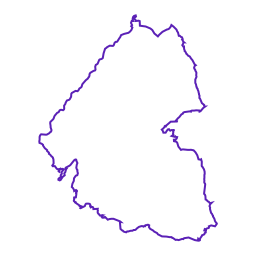 Obarsia-Closani, Mehedinti, Romania
{"feature_id": "2599482B76871015432444", "entity_name": "Obarsia-Closani", "entity_type": "district", "adm_level": 2, "iso_a3": "ROU", "parent_name": "Romania", "parent_adm1": "Mehedinti", "projection": "mercator", "projection_center": [22.671, 45.057], "detail": "fine", "context": "isolated", "style": "outline", "palette": "violet", "viewbox_px": 256, "rotation_deg": 0, "n_neighbors": 0, "source": "geoboundaries", "source_scale": "gbopen_adm2", "svg_char_len": 5800}
<svg xmlns="http://www.w3.org/2000/svg" viewBox="0 0 256 256"><path d="M211.6,202.8L210.1,203.2L209.5,202.8L208.8,201.8L207.7,201.3L206.6,200.0L205.6,199.5L205.4,196.0L204.9,194.6L204.2,194.0L204.1,193.4L205.2,184.6L205.1,183.8L204.3,182.6L204.3,181.1L204.4,180.8L204.2,178.8L204.4,178.2L204.4,174.8L204.7,174.0L204.6,171.6L204.0,169.4L202.4,166.7L201.9,166.4L201.7,165.8L201.8,161.7L201.1,159.3L200.5,159.7L198.5,159.3L197.3,155.3L195.5,152.3L193.6,150.3L191.1,149.8L188.1,149.9L183.1,149.4L182.0,149.5L181.0,149.9L178.4,146.6L177.2,142.7L176.3,141.7L174.0,141.2L173.9,139.7L175.5,139.6L176.7,138.5L177.1,137.1L176.0,137.0L175.2,136.3L174.6,136.8L171.7,136.0L173.4,134.7L173.0,133.5L173.3,132.5L173.1,131.7L173.9,130.3L173.8,130.0L171.3,130.1L170.2,130.7L169.6,130.2L169.0,129.2L167.9,129.4L166.8,130.8L165.6,132.7L163.4,132.7L162.8,130.9L161.8,129.6L163.3,128.4L164.8,126.6L164.8,126.1L165.1,125.9L165.8,126.4L166.5,125.3L170.7,121.7L176.9,121.5L177.0,121.2L175.9,120.6L178.0,118.2L179.3,117.1L181.4,114.4L182.9,113.6L183.2,112.7L184.4,112.1L189.4,111.4L190.9,111.6L190.9,111.0L191.9,110.6L194.1,110.6L196.2,110.3L199.3,110.5L199.5,111.6L200.5,111.2L203.3,107.9L205.2,106.5L204.7,106.5L204.0,105.4L204.1,104.9L201.9,103.1L200.0,98.6L199.4,98.0L199.5,95.6L199.0,94.5L199.0,93.6L198.7,92.9L198.4,91.2L197.6,89.4L197.6,88.8L196.7,87.7L196.8,87.2L196.4,86.6L196.0,84.4L195.3,82.9L195.3,79.5L196.5,76.8L196.2,75.3L196.4,72.8L196.1,71.9L195.3,70.6L195.2,69.8L194.3,68.6L194.1,67.6L194.8,65.7L195.7,65.2L194.6,64.3L192.4,60.1L191.1,58.6L189.8,56.5L188.0,55.6L187.0,54.2L186.5,54.0L185.4,51.7L184.6,51.0L184.7,50.5L184.1,49.0L184.0,46.5L183.3,46.6L182.3,45.1L183.0,44.1L183.4,42.4L184.1,42.4L183.5,41.9L182.1,39.5L182.7,39.1L182.0,37.3L181.1,37.0L179.8,35.8L178.8,35.8L178.0,32.5L177.1,31.2L176.5,29.6L173.5,26.6L171.4,25.0L170.7,26.7L169.2,28.6L167.9,29.3L166.9,29.5L162.5,31.8L159.2,34.8L157.9,36.4L154.4,33.5L152.3,30.0L150.4,28.5L145.7,26.5L139.9,25.7L139.7,21.1L138.7,20.7L135.7,21.0L135.7,20.2L134.6,19.2L134.2,18.2L136.0,16.5L135.7,15.4L134.1,15.9L133.1,17.0L132.7,18.4L132.6,19.9L133.1,21.0L131.7,21.0L131.0,22.9L132.1,25.1L131.2,26.2L132.4,27.5L131.5,29.8L130.1,31.5L128.5,32.8L124.1,33.9L121.1,35.1L120.1,37.3L119.3,38.3L117.3,41.5L116.7,41.9L115.6,41.9L114.6,42.8L113.8,45.1L113.3,45.7L112.8,45.9L109.7,45.7L107.0,47.2L106.5,47.8L105.1,48.7L103.6,53.3L102.8,58.0L101.7,58.9L99.6,59.5L99.2,59.9L97.7,63.6L97.2,64.1L95.8,64.9L95.2,66.7L95.5,69.6L95.1,70.4L93.5,70.9L90.3,72.8L89.5,74.2L89.5,75.4L89.1,76.8L88.6,77.2L87.8,78.6L85.8,80.2L82.5,84.0L82.1,84.9L81.7,86.5L81.3,87.2L79.3,88.6L78.7,89.9L77.6,91.2L75.5,90.9L71.8,93.0L71.3,93.8L71.1,96.8L69.7,99.3L69.1,99.8L66.9,100.5L65.7,102.6L65.4,103.8L64.1,105.7L64.2,108.7L64.0,109.4L63.1,110.2L61.2,109.8L60.5,109.9L59.7,110.3L58.6,112.2L57.2,112.8L54.8,115.6L54.3,116.5L53.6,118.6L53.0,119.4L50.6,121.7L50.3,122.1L50.2,123.3L50.6,126.0L50.6,127.3L51.5,130.1L51.1,131.6L49.9,132.4L49.3,133.2L46.8,134.6L45.9,134.7L41.1,134.3L40.1,135.4L39.6,136.9L39.6,139.7L39.3,141.2L39.5,142.9L41.8,143.8L43.0,144.8L43.0,145.5L44.8,148.2L47.1,150.1L47.1,151.0L48.9,152.6L48.9,153.8L50.2,154.7L51.6,156.5L52.1,156.7L52.9,157.6L53.0,158.4L53.4,159.1L53.6,162.6L53.6,163.5L52.8,164.9L52.3,165.5L52.7,166.2L54.8,166.1L56.8,168.8L58.0,169.3L58.9,169.1L58.6,171.3L59.2,171.7L59.6,170.0L60.6,168.6L62.2,169.4L62.7,168.9L63.8,169.3L61.4,172.4L61.8,173.7L60.9,174.9L60.7,175.6L61.0,176.3L60.1,177.6L59.3,178.0L58.4,179.0L58.4,179.8L59.7,180.4L60.6,180.0L62.8,176.7L64.7,175.3L64.3,173.3L65.3,172.1L66.0,169.4L66.6,168.6L65.6,168.2L65.7,167.7L69.5,165.7L70.4,165.0L74.1,160.3L75.3,159.5L76.1,159.6L76.4,160.2L76.4,161.0L77.2,162.5L77.4,163.1L76.8,164.5L76.3,167.8L77.0,169.7L77.4,170.0L77.4,171.6L77.9,173.2L77.3,175.2L75.8,175.7L74.0,178.3L73.8,180.9L72.4,183.8L71.8,187.0L73.1,188.2L74.1,190.2L74.2,191.0L76.0,190.0L76.9,190.7L76.9,191.6L76.7,191.9L76.1,191.9L76.0,193.3L76.4,193.7L75.9,197.3L74.2,197.4L74.0,198.0L74.3,198.5L73.8,200.8L74.0,201.2L75.6,202.2L75.3,202.6L79.1,205.2L79.5,206.0L80.1,205.8L81.1,206.2L80.5,206.7L80.7,207.7L80.4,208.1L80.6,208.2L84.8,206.1L85.5,204.3L86.1,203.7L88.1,203.6L89.7,203.9L90.2,204.5L90.1,206.0L90.9,206.2L90.9,206.5L90.6,207.2L90.7,207.4L91.7,207.0L92.7,207.0L93.3,207.9L93.4,209.1L97.7,208.8L97.5,209.6L97.9,210.6L97.7,211.2L97.7,212.7L98.3,213.7L99.2,214.4L99.7,215.4L101.6,215.5L102.2,215.1L102.7,215.2L102.3,215.4L102.5,215.9L102.2,216.0L102.1,216.3L101.7,216.3L101.7,215.8L101.3,215.9L101.5,216.6L102.4,217.7L104.1,217.7L104.8,217.0L105.1,217.0L107.8,219.7L109.2,219.1L111.4,218.8L113.5,218.8L120.1,221.4L120.8,222.0L119.9,221.9L120.5,228.9L122.1,230.4L122.9,230.7L123.4,231.4L124.2,231.8L126.2,232.3L127.2,231.4L128.2,231.5L130.4,230.8L132.5,230.7L133.6,230.0L135.0,230.0L135.9,229.5L136.8,228.5L138.9,226.9L141.4,226.1L143.1,226.2L143.4,226.6L144.2,226.2L145.0,226.2L145.1,225.5L145.9,225.1L147.0,225.1L147.3,224.8L148.3,224.8L149.2,225.3L149.0,227.2L150.1,228.8L153.1,230.5L154.2,231.6L157.1,233.1L157.9,234.3L162.0,236.4L166.6,236.6L169.4,237.1L171.6,237.1L172.2,237.9L173.1,238.1L175.6,239.9L176.9,239.7L178.7,240.1L182.2,238.9L183.3,239.1L184.1,238.2L188.6,237.5L194.9,240.1L197.7,240.6L197.9,240.6L198.2,238.7L199.4,239.8L199.5,240.4L199.9,240.2L200.0,238.8L200.5,237.8L201.8,236.1L201.9,235.4L204.3,234.3L204.7,233.2L205.0,232.8L205.7,232.5L205.8,232.1L205.6,231.1L206.0,230.5L206.0,230.1L204.9,230.6L204.5,230.5L204.8,230.1L204.8,229.6L204.6,229.3L204.8,229.0L205.2,229.2L206.0,229.1L207.0,228.4L208.7,228.0L209.1,226.9L208.9,226.3L211.2,225.4L215.0,226.3L216.6,224.2L216.5,223.5L216.7,223.3L215.6,222.0L214.9,220.8L214.5,219.1L213.5,217.2L213.0,216.6L213.0,215.7L212.6,215.3L212.0,213.9L211.1,212.9L210.0,209.0L210.1,207.4L209.5,206.1L210.2,204.2L211.6,202.8Z" fill="none" stroke="#5b21b6" stroke-width="2"/></svg>